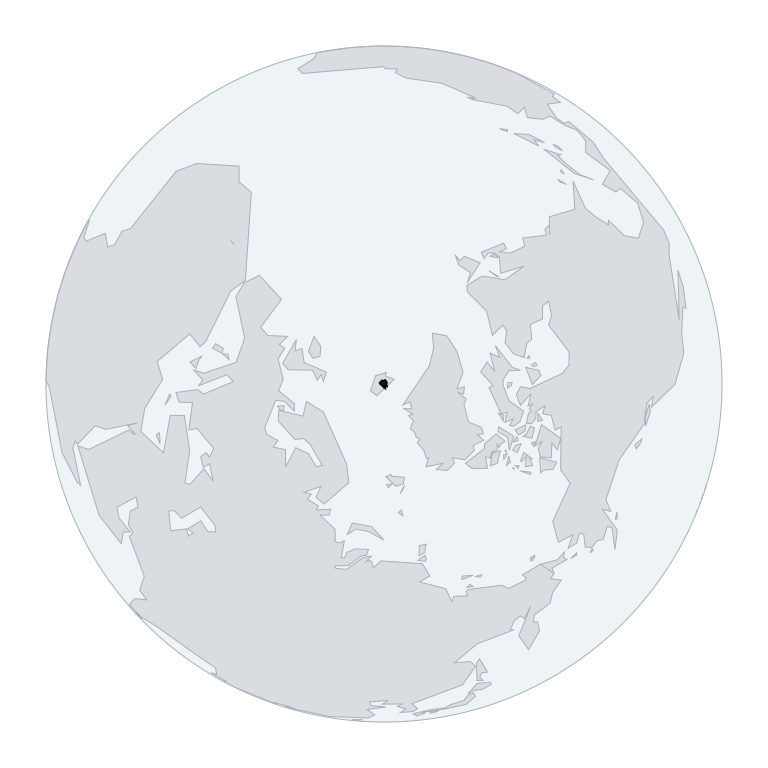 the Earth from above Norðurland vestra, rotated 149°
{"feature_id": "ISL-697", "entity_name": "Norðurland vestra", "entity_type": "Region", "adm_level": 1, "iso_a3": "ISL", "parent_name": "Iceland", "parent_adm1": "", "projection": "orthographic", "projection_center": [-19.727, 65.454], "detail": "medium", "context": "on_globe", "style": "filled", "palette": "ink", "viewbox_px": 768, "rotation_deg": 149, "n_neighbors": 0, "source": "natural_earth", "source_scale": "10m", "svg_char_len": 11862}
<svg xmlns="http://www.w3.org/2000/svg" viewBox="0 0 768 768"><g transform="rotate(149 384 384)"><circle cx="384" cy="384" r="338" fill="#eef3f6" stroke="#a8b0b8"/><path d="M110.3,582.2L88.7,544.7L91.5,543.8L87.9,534.6L100.0,539.8L99.0,522.8L95.4,514.8L90.3,513.5L80.1,483.3L79.6,464.9L65.0,371.6L67.2,357.4L73.1,347.9L97.9,287.0L73.4,330.2L77.4,313.3L86.2,293.4L88.1,296.0L103.2,273.5L110.9,256.4L134.7,233.8L166.3,226.5L159.7,234.6L168.1,232.3L176.9,222.2L180.7,216.1L221.4,197.9L253.4,170.5L255.2,158.0L261.3,164.2L259.3,138.5L271.3,123.2L262.7,143.0L265.7,147.1L276.4,137.7L281.8,140.0L290.1,136.9L295.5,140.6L290.1,152.4L293.5,155.2L300.9,148.4L311.0,148.2L299.7,157.6L316.2,158.4L310.1,179.3L275.4,203.2L276.9,219.3L254.1,256.2L261.0,256.3L256.8,271.0L263.3,276.8L257.2,282.4L267.7,282.2L272.0,276.0L278.0,274.0L282.2,276.9L275.2,284.5L272.1,284.1L272.2,287.9L266.9,290.5L271.9,290.9L262.9,299.9L278.0,295.5L276.0,306.6L268.3,311.4L261.2,304.9L225.6,301.3L215.7,304.9L208.8,316.2L212.6,349.8L204.9,356.6L200.3,370.3L208.1,369.1L214.6,358.1L228.0,359.7L234.3,346.4L240.7,345.3L250.3,334.5L257.3,342.9L259.0,357.0L251.4,366.5L251.9,373.2L266.0,369.9L258.5,393.6L265.1,420.2L262.2,425.8L244.2,426.0L226.7,411.0L203.3,412.9L227.1,418.8L219.5,433.6L221.8,439.2L227.2,442.7L233.5,440.0L232.7,446.8L208.9,443.1L209.3,436.9L216.8,437.9L208.5,431.2L192.4,429.6L189.9,437.7L168.3,428.0L166.2,433.8L160.3,435.2L165.2,426.5L156.1,442.2L130.4,435.5L117.5,460.5L120.8,430.8L116.4,417.9L109.7,404.9L107.3,408.8L101.7,387.5L90.9,377.9L78.3,388.8L73.4,408.2L80.5,430.0L86.5,429.2L94.0,442.7L80.2,450.5L91.8,478.5L85.8,488.8L88.0,502.3L95.9,512.8L103.5,527.9L111.8,529.3L123.9,538.5L121.2,548.9L130.1,546.7L135.3,558.6L161.2,581.8L158.4,582.4L179.8,612.2L207.5,634.8L213.9,645.2L210.1,647.0L220.7,653.7L220.9,656.2L267.2,679.1L294.1,692.2L295.4,698.6L277.1,698.9L270.6,702.2L261.9,699.1L239.6,689.5L218.1,678.4L197.4,665.7L177.7,651.6L159.0,636.1L141.5,619.3L125.2,601.3L110.3,582.2ZM161.8,129.5L164.3,127.5L159.1,132.0L161.8,129.5ZM168.4,124.2L167.0,125.3L168.7,123.9L168.4,124.2ZM171.3,121.9L169.2,123.5L171.4,121.7L171.3,121.9ZM175.0,118.8L173.1,120.4L175.0,118.8ZM112.4,466.4L126.1,503.0L114.4,489.4L117.3,490.4L114.7,479.6L108.4,462.9L99.3,451.1L112.4,466.4ZM181.3,114.0L183.0,112.8L181.4,114.1L181.3,114.0ZM127.5,466.5L124.8,461.0L128.0,465.5L127.5,466.5ZM181.5,213.2L176.5,221.8L166.6,230.3L170.1,222.8L181.5,213.2ZM201.2,198.3L200.4,202.7L191.2,204.2L194.5,201.2L201.2,198.3ZM255.4,148.9L250.3,154.4L253.4,148.3L255.4,148.9ZM290.2,135.9L290.0,133.7L294.4,133.1L290.2,135.9ZM245.8,330.8L248.0,332.6L245.1,333.6L245.8,330.8ZM247.9,324.4L243.0,324.3L243.2,321.3L246.3,321.4L247.9,324.4ZM306.8,138.2L313.9,138.2L305.7,140.2L306.8,138.2ZM254.0,325.4L244.3,316.0L244.9,310.7L257.0,307.1L254.0,325.4ZM317.5,139.4L334.9,139.5L335.8,134.4L343.1,149.1L325.9,144.0L315.6,147.2L319.8,142.7L317.5,139.4ZM271.5,272.8L267.1,279.5L266.9,271.2L271.5,272.8ZM269.9,268.0L260.6,246.3L269.2,238.2L270.6,246.9L278.6,234.5L287.4,241.1L285.0,249.5L277.7,253.4L286.6,253.0L269.9,268.0ZM344.3,157.4L347.7,159.4L343.1,159.6L344.3,157.4ZM280.4,272.5L277.7,268.7L285.0,261.3L291.7,267.6L287.2,268.0L280.4,272.5ZM276.4,228.1L283.0,223.9L292.0,228.1L295.7,227.1L288.4,240.6L276.4,228.1ZM287.7,271.1L294.9,271.0L295.3,277.3L283.5,275.8L287.7,271.1ZM284.1,256.8L287.9,253.7L288.0,257.4L284.1,256.8ZM300.8,299.9L297.4,295.3L300.9,291.0L300.8,299.9ZM297.5,270.6L297.3,268.4L298.3,266.3L303.0,267.6L297.5,270.6ZM295.2,242.7L297.5,245.5L298.6,237.4L305.4,240.4L299.2,249.0L304.7,246.6L306.8,247.5L299.5,253.5L295.2,242.7ZM310.8,262.5L305.4,274.8L310.8,284.3L307.8,288.3L299.6,272.4L310.8,262.5ZM304.8,256.6L307.9,261.1L302.6,263.7L297.3,262.3L304.8,256.6ZM312.2,239.5L303.4,232.6L305.0,231.0L312.2,239.5ZM313.4,264.7L314.7,261.7L314.4,265.0L313.4,264.7ZM313.7,246.5L310.4,244.3L312.4,242.5L313.7,246.5ZM320.0,257.7L318.2,261.6L314.5,260.7L320.0,257.7ZM318.0,252.2L321.4,250.3L314.3,258.0L316.2,251.4L318.0,252.2ZM316.1,245.2L316.2,243.4L317.2,246.5L316.1,245.2ZM335.0,259.2L326.8,269.1L318.7,266.9L327.7,257.5L335.0,259.2ZM668.0,200.8L669.2,202.7L670.3,204.6L674.9,212.0L672.3,210.1L680.9,225.5L677.1,221.1L674.6,227.4L685.2,250.4L704.0,293.9L711.8,308.4L716.0,326.0L708.3,328.5L698.5,321.1L699.7,333.0L688.5,342.6L680.7,384.7L676.0,385.1L675.4,395.2L666.9,405.7L658.3,405.1L654.8,414.9L676.7,415.8L680.1,405.2L677.8,387.8L683.7,391.5L691.4,382.4L695.8,418.4L678.3,488.5L670.7,479.9L626.3,476.0L624.3,470.1L623.9,469.7L623.0,469.1L625.1,480.3L615.4,477.7L645.5,488.3L653.2,497.0L678.2,490.0L677.3,494.7L683.6,489.5L696.2,453.4L697.6,457.6L695.3,491.1L672.5,553.6L672.1,560.3L669.5,564.8L654.3,586.9L637.3,607.7L618.8,627.0L598.8,644.9L577.4,661.1L554.8,675.6L552.5,675.7L565.7,664.4L565.8,659.9L545.3,656.7L550.3,643.6L543.3,642.2L529.7,649.9L520.9,647.7L512.1,651.2L452.6,673.4L430.8,669.4L396.0,645.4L404.1,632.0L399.1,616.6L449.4,544.2L467.3,542.7L515.2,512.1L522.5,510.8L524.7,527.0L566.9,520.1L571.3,502.0L601.7,486.3L616.9,468.5L608.5,438.5L583.4,467.2L571.3,459.9L585.1,426.7L605.8,401.5L601.8,397.9L582.2,404.1L580.3,388.8L574.6,405.4L581.8,405.6L578.5,416.2L571.7,416.7L571.3,411.1L563.1,416.5L567.2,442.2L574.9,445.3L557.7,466.6L569.1,474.0L566.7,483.9L546.8,475.3L543.6,468.2L512.0,463.7L513.7,472.9L543.7,478.0L537.3,480.8L539.9,494.0L532.9,486.1L499.7,478.7L479.8,495.1L465.9,535.2L451.8,542.7L434.8,541.3L428.3,509.3L460.5,496.2L458.6,485.4L442.2,474.5L453.4,471.7L450.7,465.8L461.9,460.2L467.9,439.8L477.8,432.7L470.9,413.1L475.0,407.0L478.0,420.2L485.3,425.8L508.7,408.0L510.5,401.2L504.1,390.1L511.4,386.9L502.2,378.5L511.1,363.5L492.5,374.9L484.5,362.9L484.8,347.9L478.8,346.2L478.4,370.7L481.2,378.8L489.0,382.3L493.7,406.8L487.7,415.6L470.0,398.2L459.5,408.9L450.4,391.3L457.2,334.8L464.9,317.6L497.1,311.9L500.7,321.8L490.9,328.7L508.5,332.3L503.0,327.2L509.0,324.7L502.9,313.2L506.9,311.0L494.2,304.0L498.4,300.0L506.3,304.5L500.8,284.7L507.0,274.0L503.9,270.6L498.7,270.1L510.0,257.3L507.2,255.4L502.4,258.8L493.6,257.5L482.6,250.2L487.1,246.2L491.7,248.3L508.1,246.8L519.7,253.3L520.4,250.9L511.5,244.4L491.4,246.1L483.5,242.9L492.5,240.6L488.6,241.2L486.1,238.4L487.8,231.9L477.6,233.9L443.6,210.1L443.6,195.8L455.5,196.1L436.5,176.7L437.9,163.0L433.5,166.0L421.4,159.4L420.8,163.6L417.8,164.6L386.5,150.7L382.6,144.6L364.1,143.0L361.9,144.7L363.7,149.0L343.1,149.1L335.8,134.4L341.3,131.2L333.0,124.6L346.8,118.5L354.4,110.7L374.3,108.5L378.6,102.9L374.8,101.0L377.7,92.4L396.9,81.8L398.1,98.6L372.6,118.1L384.4,110.6L386.7,115.0L394.0,114.0L402.0,108.8L399.8,106.5L437.9,113.3L466.9,108.7L452.8,101.6L451.0,94.9L471.6,85.7L524.5,95.5L522.6,88.5L527.2,88.1L539.1,93.9L532.8,94.5L538.6,100.6L533.3,100.4L550.3,110.5L543.4,110.6L560.0,118.9L561.3,115.5L548.8,106.1L566.2,113.8L562.5,105.2L569.7,105.9L601.9,127.1L623.2,146.9L626.1,149.3L630.5,155.3L642.6,168.1L640.9,164.4L668.0,200.8ZM440.7,580.5L441.4,586.0L440.7,580.5ZM633.9,386.0L642.3,368.1L627.9,361.5L629.9,354.2L624.3,354.8L626.8,361.1L611.4,361.0L611.2,348.4L604.7,343.8L601.6,349.7L604.5,373.0L626.5,373.1L629.1,383.5L633.9,386.0ZM162.1,582.4L164.8,587.0L160.4,583.5L162.1,582.4ZM110.7,491.9L114.6,497.8L115.9,502.5L112.6,498.7L110.7,491.9ZM148.2,536.8L153.6,543.4L147.1,538.5L148.2,536.8ZM128.7,508.2L143.8,531.9L131.3,523.3L122.1,508.3L129.6,515.9L128.7,508.2ZM121.5,470.9L123.4,475.3L121.5,476.5L121.5,470.9ZM129.8,469.8L128.7,468.6L128.6,465.0L129.8,469.8ZM220.9,433.8L222.7,434.3L227.3,439.0L223.4,438.9L220.9,433.8ZM258.6,447.5L256.5,458.2L255.3,450.4L249.3,452.2L239.3,438.4L260.3,428.0L252.6,435.0L258.6,447.5ZM231.8,417.7L235.7,427.2L230.6,417.2L231.8,417.7ZM424.7,440.6L431.6,442.6L432.0,450.8L419.4,460.9L418.7,449.0L424.7,440.6ZM441.4,443.5L427.4,424.1L434.6,417.4L432.9,424.3L439.1,421.8L438.0,432.5L458.7,445.5L460.3,453.7L436.2,467.3L443.2,458.2L436.0,456.7L441.4,443.5ZM378.8,390.1L372.8,382.7L396.3,377.6L399.1,385.2L386.8,395.5L376.1,392.6L378.8,390.1ZM277.2,321.2L273.4,319.4L275.3,317.2L280.2,316.9L277.2,321.2ZM298.9,298.1L295.8,326.9L291.3,326.3L294.9,344.5L284.4,349.9L282.5,337.8L277.1,355.9L271.1,347.2L268.8,359.8L265.5,332.3L259.9,325.5L270.1,330.9L279.9,326.1L282.4,321.9L285.5,305.3L278.3,288.8L286.8,281.7L294.8,281.0L297.8,283.9L291.3,287.5L300.1,288.8L293.0,296.3L298.9,298.1ZM383.2,283.7L374.3,285.7L390.7,291.4L383.7,298.1L386.0,298.4L384.0,306.3L385.7,316.4L381.3,318.5L383.8,321.6L382.6,327.0L384.6,332.1L377.5,337.6L379.4,344.3L374.9,343.2L380.0,353.3L373.1,348.3L370.8,355.2L378.7,356.3L335.8,376.2L323.2,389.0L316.4,402.7L305.4,392.9L304.7,374.1L310.3,353.1L324.0,342.4L316.5,340.2L320.9,334.5L325.0,338.6L321.3,328.9L326.0,325.4L331.0,307.9L322.8,296.5L324.4,290.1L330.0,292.8L327.7,284.5L339.3,285.3L340.7,280.8L353.5,277.3L363.4,285.6L364.3,279.9L374.1,277.3L383.2,283.7ZM338.7,258.5L352.2,266.3L354.9,274.0L331.4,276.9L328.5,280.9L313.5,283.5L309.8,272.4L314.5,272.6L318.1,270.3L317.8,274.7L320.7,269.5L327.2,269.7L331.3,265.8L334.5,269.4L338.7,258.5ZM526.0,501.7L530.8,499.5L537.2,494.3L538.9,502.8L526.0,501.7ZM503.4,497.2L507.0,493.9L512.6,502.9L507.6,505.4L503.4,497.2ZM504.2,484.6L506.8,493.0L502.5,490.0L504.2,484.6ZM480.8,416.7L484.1,412.7L486.3,414.7L486.7,419.9L480.8,416.7ZM430.2,303.5L424.7,303.0L424.6,300.7L414.5,293.6L418.9,288.3L426.7,290.5L430.2,303.5ZM606.9,447.8L605.4,457.7L601.8,458.2L603.1,454.7L606.9,447.8ZM572.6,483.3L582.7,478.7L573.0,485.7L572.6,483.3ZM433.4,296.5L428.7,294.1L433.8,292.9L433.4,296.5ZM421.6,284.1L426.8,281.8L418.3,286.8L421.6,284.1ZM712.0,308.1L713.2,308.0L714.9,315.9L712.0,308.1ZM629.0,151.6L635.2,158.5L634.0,157.5L625.3,148.3L629.0,151.6ZM575.3,107.4L580.5,109.7L583.4,111.6L583.8,112.6L575.3,107.4ZM464.4,250.3L473.5,265.8L482.9,274.1L492.8,273.9L482.8,281.1L468.2,268.4L464.4,250.3ZM445.7,215.4L437.1,216.1L438.1,211.7L440.2,211.0L445.7,215.4ZM442.5,218.7L437.0,227.2L430.3,225.0L436.0,218.7L442.5,218.7ZM435.7,261.4L438.1,266.3L433.9,267.1L435.7,261.4ZM514.2,78.2L512.6,79.2L505.0,75.9L508.3,76.1L514.2,78.2ZM478.6,67.0L502.4,75.3L521.2,83.2L518.0,80.6L527.0,82.6L528.9,86.4L511.8,80.8L498.5,75.0L491.4,74.8L478.5,71.5L473.4,73.8L466.2,73.0L466.6,69.2L478.6,67.0ZM471.8,75.2L458.3,79.4L446.3,73.6L446.6,71.3L457.8,71.7L463.5,74.7L471.8,75.2ZM451.6,78.8L456.9,82.0L448.4,97.3L443.6,99.2L443.7,83.8L448.8,86.0L453.0,83.5L451.6,78.8ZM349.4,156.7L347.8,159.1L346.6,156.4L349.4,156.7ZM417.7,167.0L413.4,168.0L412.0,164.6L417.7,167.0ZM400.6,168.8L405.1,172.0L398.4,170.3L400.6,168.8ZM415.7,179.0L406.1,174.1L418.0,176.4L415.7,179.0Z" fill="#d9dde1" stroke="#a8b0b8" stroke-width="1"/><path d="M380.6,385.6L380.6,385.3L380.6,385.1L380.7,384.7L380.6,384.0L380.7,383.9L380.7,384.0L381.0,384.6L380.9,384.1L380.9,383.7L381.0,383.2L381.7,382.6L381.8,382.7L381.8,383.1L381.8,383.4L381.8,383.2L381.9,383.4L381.9,383.5L382.0,383.5L382.3,383.4L382.2,383.3L382.3,383.1L382.4,383.5L382.4,383.3L382.4,383.2L382.5,383.0L382.6,382.8L382.7,382.7L382.7,382.3L382.7,382.1L382.5,381.8L382.6,381.7L382.4,381.1L382.4,380.8L382.3,380.6L382.4,380.4L382.7,380.2L382.9,380.0L383.1,380.1L383.3,380.3L383.5,380.9L383.5,381.0L383.6,381.3L384.0,381.5L384.1,381.9L384.2,382.2L384.4,382.3L384.4,382.2L384.5,382.2L384.7,382.3L384.7,382.2L384.8,381.7L384.7,381.2L384.5,380.9L384.8,380.7L384.7,380.6L384.7,380.4L384.9,380.3L385.2,380.2L385.4,380.3L385.4,380.2L385.6,380.4L385.5,380.2L385.5,379.8L385.8,380.3L386.1,380.7L386.0,380.8L386.0,381.0L386.1,381.3L386.0,381.5L385.8,381.5L385.8,381.8L386.1,382.1L386.2,382.4L386.3,382.5L386.2,382.6L386.1,382.9L386.0,383.2L386.5,383.6L386.4,383.7L386.4,383.8L386.3,384.1L386.5,384.2L386.5,384.5L386.8,384.5L386.8,384.8L386.9,385.0L387.3,385.4L387.4,385.8L387.4,386.2L387.4,386.9L387.3,387.3L386.1,387.6L385.4,387.9L384.8,387.9L384.1,388.2L383.4,387.8L383.5,387.6L383.8,387.3L383.8,387.1L382.5,387.0L382.3,386.9L381.5,387.2L380.9,386.9L380.7,386.1L380.6,385.6Z" fill="#0f172a" stroke="#020617" stroke-width="1.5"/></g></svg>